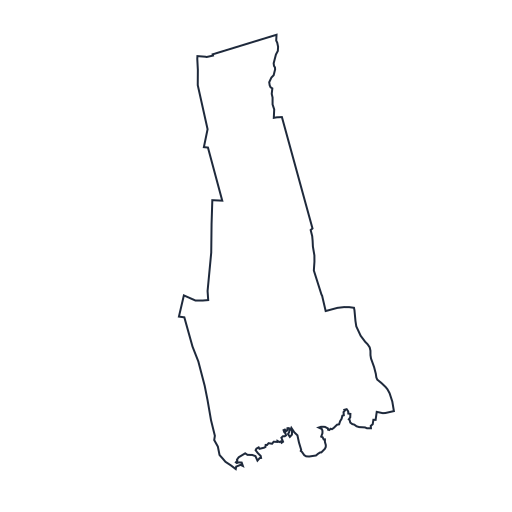 Sagaga le Usoga, Tuamasaga, Samoa (Robinson projection), rotated 164°
{"feature_id": "51752279B36122243432927", "entity_name": "Sagaga le Usoga", "entity_type": "district", "adm_level": 2, "iso_a3": "WSM", "parent_name": "Samoa", "parent_adm1": "Tuamasaga", "projection": "robinson", "projection_center": [-171.854, -13.828], "detail": "fine", "context": "isolated", "style": "outline", "palette": "slate", "viewbox_px": 512, "rotation_deg": 164, "n_neighbors": 0, "source": "geoboundaries", "source_scale": "gbopen_adm2", "svg_char_len": 2635}
<svg xmlns="http://www.w3.org/2000/svg" viewBox="0 0 512 512"><g transform="rotate(164 256 256)"><path d="M175.3,463.0L192.6,462.7L242.1,461.8L242.1,460.5L248.7,460.9L249.7,461.5L257.2,464.3L258.1,461.7L260.6,450.9L264.9,436.3L267.6,391.2L276.1,375.0L272.3,373.5L273.2,318.5L282.6,321.7L289.9,299.0L298.1,271.6L312.2,235.7L314.1,226.8L319.1,227.8L326.5,229.9L336.2,238.0L346.8,219.0L341.8,216.8L342.0,186.4L340.5,170.5L341.1,145.4L342.3,130.9L344.5,110.6L345.1,94.5L346.9,90.6L345.2,83.3L345.9,74.8L345.5,73.9L343.9,70.6L342.1,66.6L337.8,61.6L334.2,56.8L333.1,59.0L328.4,59.5L326.5,57.8L326.7,61.4L329.6,62.4L331.5,62.3L332.2,63.2L330.4,64.4L330.4,65.5L328.1,67.3L320.8,69.3L319.0,67.2L314.5,65.8L311.7,63.8L311.0,58.9L308.2,60.7L306.8,60.5L306.6,62.5L308.6,66.1L309.9,69.4L308.7,70.7L306.2,71.3L305.8,69.7L301.1,69.5L299.6,69.8L298.8,71.7L297.5,71.3L295.5,72.6L292.3,71.1L290.2,72.6L286.8,71.4L286.4,72.4L284.8,70.7L283.3,70.9L282.9,69.4L281.2,70.0L281.7,74.3L279.9,75.3L278.1,74.8L276.6,75.3L276.6,77.4L277.4,78.9L277.5,81.0L276.1,81.2L275.4,79.3L274.1,79.7L273.2,81.8L271.9,81.5L271.6,79.6L272.7,77.5L274.3,76.0L273.3,72.8L270.7,74.4L269.6,77.8L270.2,80.1L269.4,81.1L267.8,76.0L265.6,72.2L266.1,65.0L266.0,57.2L266.7,56.3L265.9,55.2L264.5,51.2L263.0,49.6L260.2,48.6L253.3,47.7L250.9,48.8L248.5,49.5L247.3,49.2L242.9,51.7L241.6,53.2L241.0,55.0L241.0,58.3L240.3,60.7L241.5,61.0L241.9,63.4L243.1,64.4L241.0,67.3L240.3,69.6L240.4,71.5L243.0,73.8L240.6,73.9L236.9,72.8L234.4,70.4L234.6,69.2L233.5,68.5L232.0,69.4L230.7,68.6L228.7,69.3L224.6,71.5L222.5,71.3L220.7,74.0L218.6,75.9L217.0,78.7L215.5,78.7L214.9,81.8L213.2,82.9L213.4,83.8L211.1,83.8L210.2,81.2L210.7,79.1L208.8,78.2L209.9,74.9L211.8,73.4L211.2,72.6L211.3,69.9L209.8,67.9L208.0,66.8L206.3,64.6L204.0,63.1L198.5,61.2L196.8,59.8L193.0,58.7L192.5,61.1L190.2,62.1L188.3,66.2L186.2,65.5L182.9,72.9L177.5,70.0L174.9,69.4L166.2,68.9L165.1,78.5L165.4,87.2L166.4,91.7L167.5,94.3L170.3,99.1L173.5,103.7L173.8,106.1L173.3,109.7L173.1,116.6L173.7,125.8L173.3,129.1L172.1,133.4L171.9,136.9L173.1,140.5L174.7,143.4L177.4,150.5L179.0,160.7L178.3,166.2L176.3,176.7L176.1,179.2L180.6,181.2L185.4,182.6L192.0,183.7L204.2,183.9L203.4,199.7L203.7,200.8L204.4,226.1L201.4,234.4L199.7,240.5L198.7,249.4L197.4,254.9L196.5,259.6L196.3,265.9L194.1,266.9L193.8,295.2L192.8,382.4L197.9,383.6L200.8,383.9L198.1,391.9L198.3,397.1L196.4,403.7L196.2,407.5L194.1,412.6L195.5,414.2L195.8,416.3L195.4,419.4L192.0,423.3L189.2,424.9L186.2,430.1L185.8,432.0L186.3,433.8L185.9,436.4L181.3,444.2L178.5,447.1L177.1,451.0L176.8,455.2L177.2,457.5L175.3,463.0Z" fill="none" stroke="#1e293b" stroke-width="2"/></g></svg>